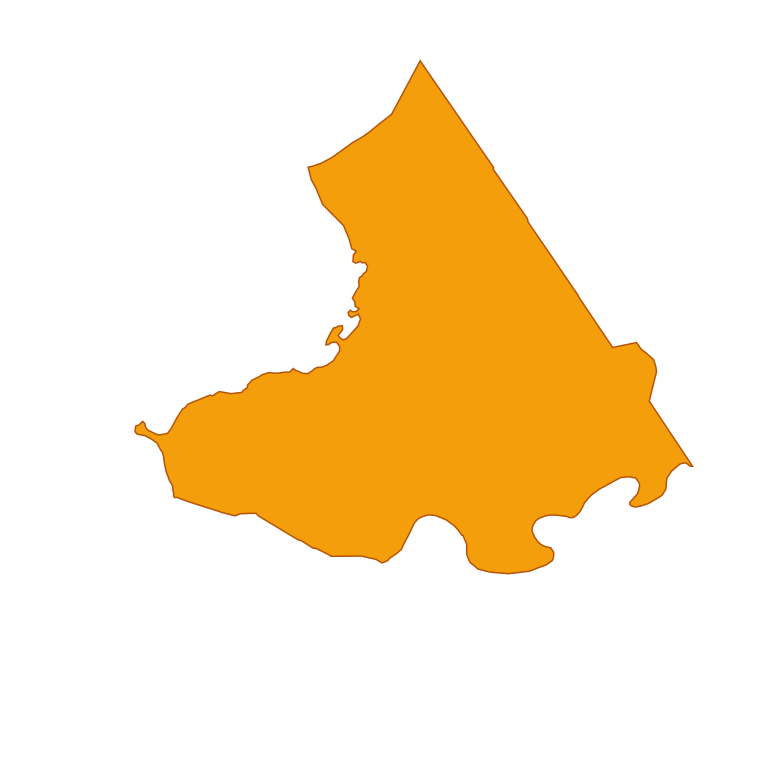 Jokadu, North Bank, Gambia, rotated 56°
{"feature_id": "56634734B78170872061000", "entity_name": "Jokadu", "entity_type": "district", "adm_level": 2, "iso_a3": "GMB", "parent_name": "Gambia", "parent_adm1": "North Bank", "projection": "robinson", "projection_center": [-16.187, 13.51], "detail": "fine", "context": "isolated", "style": "filled", "palette": "amber", "viewbox_px": 768, "rotation_deg": 56, "n_neighbors": 0, "source": "geoboundaries", "source_scale": "gbopen_adm2", "svg_char_len": 3986}
<svg xmlns="http://www.w3.org/2000/svg" viewBox="0 0 768 768"><g transform="rotate(56 384 384)"><path d="M360.2,621.1L361.1,621.1L361.9,619.3L371.5,612.5L391.6,596.6L400.8,589.4L406.4,584.4L410.0,581.2L411.2,575.8L416.4,567.2L417.2,566.1L419.6,562.5L423.7,561.6L451.3,548.8L465.1,542.4L467.5,540.2L480.3,534.7L482.7,532.0L495.6,524.7L497.2,524.3L514.0,499.0L524.8,488.8L531.3,485.6L532.5,479.8L531.6,476.6L531.6,468.5L531.2,464.9L530.8,461.8L528.3,458.2L523.1,448.3L518.6,440.7L516.2,436.6L514.9,431.7L515.3,426.8L517.3,420.4L518.0,419.6L522.1,414.6L531.8,408.2L541.0,405.0L545.4,404.3L546.6,404.1L552.7,404.1L553.5,403.2L560.3,404.5L562.8,404.9L566.0,407.1L571.6,410.7L579.3,412.5L582.9,411.6L585.7,410.6L589.8,409.7L593.8,406.1L596.6,403.8L600.2,400.2L611.0,386.7L614.6,379.7L620.6,367.9L622.6,358.9L624.6,350.8L624.6,345.9L624.5,343.2L622.5,340.5L620.5,338.7L618.1,337.4L616.9,337.4L614.4,337.4L613.2,337.4L608.0,341.9L604.8,343.7L600.8,344.6L595.1,344.7L588.3,343.4L584.6,339.8L582.2,334.4L582.2,329.9L583.4,324.9L585.0,320.4L589.4,314.1L595.7,306.9L596.2,306.4L598.2,305.1L599.8,303.2L600.6,301.4L600.6,297.8L599.4,292.9L596.5,287.1L594.9,284.8L592.8,278.1L592.0,273.6L591.6,264.6L592.8,251.7L593.3,246.1L593.9,240.1L594.2,239.5L597.9,232.8L601.1,229.7L601.7,228.7L602.3,227.9L609.2,227.8L612.0,229.6L614.8,232.7L616.8,235.4L618.1,240.4L619.7,246.7L621.7,247.6L623.3,247.1L625.8,245.3L627.0,243.5L628.6,239.9L630.9,231.8L631.3,226.8L631.7,219.2L631.7,215.6L630.5,212.9L628.8,209.3L626.4,207.0L624.4,205.7L619.9,201.7L619.1,199.4L617.1,194.5L615.8,183.7L616.6,181.0L618.2,177.8L623.5,176.0L624.7,174.2L621.8,174.2L547.5,173.7L546.5,173.7L534.2,160.1L528.1,153.3L525.9,150.9L525.7,150.9L525.1,150.6L522.2,149.2L517.2,147.6L514.3,146.9L511.8,147.6L511.2,147.7L504.4,149.5L499.1,151.3L490.8,151.5L488.3,157.7L481.6,174.0L481.1,174.0L476.3,174.0L455.0,174.0L419.8,173.9L419.2,173.5L361.6,173.8L330.5,174.0L328.3,173.2L326.9,172.6L292.1,173.1L267.3,173.4L266.0,172.1L224.7,172.5L201.1,172.7L137.3,173.3L136.3,173.3L143.2,186.3L152.3,203.6L157.0,212.4L159.3,216.8L159.5,217.2L164.6,226.8L165.0,231.5L165.5,240.0L165.7,242.6L166.5,250.9L166.9,254.7L167.1,262.9L167.1,263.9L166.7,269.1L166.3,275.0L166.5,282.7L166.7,286.2L167.1,300.4L166.0,311.7L163.9,319.9L163.4,321.6L162.4,324.2L161.8,325.7L164.2,326.5L173.9,330.0L182.3,330.8L184.1,331.0L197.1,333.7L200.7,334.4L202.5,334.1L215.6,331.7L216.4,331.5L230.1,328.9L232.0,329.3L244.6,331.9L253.7,335.0L253.9,335.0L258.3,332.8L259.9,337.2L265.2,341.3L268.0,339.9L269.2,334.9L271.2,334.5L272.8,331.8L277.2,331.7L280.9,335.8L280.9,338.9L282.1,341.6L282.1,344.8L282.9,345.6L283.4,346.2L285.0,347.9L289.0,349.7L291.8,355.8L292.3,356.9L295.1,362.2L299.1,362.2L303.6,364.4L307.6,362.6L308.4,366.7L306.4,369.8L304.0,370.7L304.8,373.9L307.6,374.8L310.5,373.9L311.6,367.6L311.6,366.2L316.9,367.1L318.7,369.5L321.3,372.9L325.4,389.5L324.6,393.1L321.4,394.5L318.2,395.0L315.8,387.8L312.5,386.0L310.5,389.2L310.1,393.2L309.3,394.1L311.4,399.1L314.7,404.9L316.2,407.6L319.1,410.3L320.3,407.6L320.3,404.0L322.7,399.9L327.1,399.9L328.3,399.9L331.9,402.5L336.4,413.1L336.4,421.2L335.3,426.1L332.9,430.2L332.6,432.3L332.5,432.9L332.9,436.1L332.9,441.0L330.1,445.1L329.7,445.4L321.7,450.5L320.5,450.5L321.3,455.9L318.9,459.1L315.7,465.9L312.9,469.9L310.1,473.1L308.1,479.8L308.1,483.9L307.0,491.1L308.6,497.8L310.6,499.2L310.6,504.6L311.5,506.4L308.3,512.7L306.7,515.9L299.4,523.5L298.2,524.7L297.9,530.5L297.9,532.8L295.9,534.6L291.9,553.5L291.1,558.0L292.4,562.5L292.0,564.8L295.6,573.3L296.8,575.6L300.5,582.7L302.1,585.9L303.8,590.8L303.0,593.5L300.2,599.4L297.0,601.6L290.1,605.7L286.9,605.7L286.1,605.7L282.9,604.4L280.1,604.9L280.2,605.8L280.9,610.3L280.1,613.4L280.6,613.9L284.2,617.0L285.8,617.0L287.8,616.5L293.0,611.1L299.8,607.5L306.2,605.2L313.5,606.0L317.1,606.0L320.8,607.3L327.2,610.5L334.9,613.6L338.5,614.4L343.7,615.8L350.2,616.2L354.2,618.4L357.5,619.7L359.1,621.1L360.2,621.1Z" fill="#f59e0b" stroke="#b45309" stroke-width="1.5"/></g></svg>